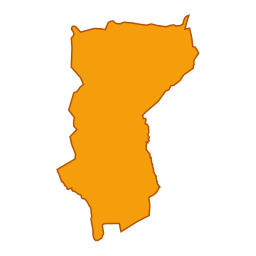 San, Ségou, Mali
{"feature_id": "8926073B15709511390037", "entity_name": "San", "entity_type": "district", "adm_level": 2, "iso_a3": "MLI", "parent_name": "Mali", "parent_adm1": "Ségou", "projection": "robinson", "projection_center": [-4.933, 13.109], "detail": "fine", "context": "isolated", "style": "filled", "palette": "amber", "viewbox_px": 256, "rotation_deg": 0, "n_neighbors": 0, "source": "geoboundaries", "source_scale": "gbopen_adm2", "svg_char_len": 2377}
<svg xmlns="http://www.w3.org/2000/svg" viewBox="0 0 256 256"><path d="M132.5,23.0L123.9,22.2L120.4,23.7L117.7,23.8L115.1,23.0L113.2,20.9L110.1,21.5L108.2,22.6L105.3,29.7L102.1,29.0L94.6,28.4L80.6,32.1L75.8,26.9L74.1,26.2L72.6,26.4L71.6,27.8L71.7,29.6L73.0,31.2L73.8,33.4L73.8,35.1L71.3,38.2L72.0,47.5L71.3,67.1L80.5,77.6L83.6,84.5L82.9,84.9L82.7,85.0L79.8,87.6L77.9,90.5L75.8,92.2L74.4,92.5L74.0,92.6L73.9,92.7L70.5,104.0L68.7,110.2L74.4,117.5L73.6,121.8L73.8,126.1L76.9,129.6L70.0,136.6L71.5,143.7L75.5,154.1L75.2,158.9L57.3,169.4L57.7,169.9L57.4,170.4L57.5,171.3L58.8,173.6L59.6,175.9L60.6,179.0L61.2,179.9L61.5,181.6L62.8,181.8L64.4,184.4L64.6,185.4L66.5,186.7L67.2,189.0L68.0,189.3L68.3,189.3L68.6,189.2L69.2,188.7L70.1,188.7L71.1,188.2L71.7,188.1L71.8,189.6L72.9,191.1L74.2,191.1L75.1,191.8L76.7,192.7L77.7,193.8L81.1,195.2L81.7,197.9L82.3,198.4L84.6,199.0L85.7,199.9L87.7,202.7L89.0,205.6L90.4,206.9L91.1,210.5L91.2,212.8L91.3,213.2L91.7,215.3L91.7,217.5L90.9,218.7L92.0,224.6L93.0,229.9L93.1,235.4L94.0,238.8L95.9,240.6L98.4,240.1L101.5,238.2L103.6,233.5L102.5,226.8L102.5,224.7L103.8,223.9L106.0,223.6L119.3,223.5L121.0,231.7L137.5,221.4L149.2,215.5L149.8,205.0L148.7,197.4L153.6,194.9L156.5,192.4L157.4,190.7L158.8,188.5L158.6,187.7L159.9,187.0L159.4,186.1L158.7,185.9L157.2,183.3L157.4,181.8L156.8,181.2L156.4,178.9L155.8,177.2L156.3,176.5L156.0,175.9L155.3,175.4L154.6,173.6L153.5,171.5L153.6,169.9L152.6,166.1L152.3,165.4L152.7,164.5L151.8,163.4L151.2,159.2L151.1,157.4L150.0,157.5L149.8,153.7L148.4,152.4L146.2,149.3L146.2,146.4L146.7,144.5L146.2,142.2L147.8,142.7L147.6,141.8L149.2,140.8L148.3,138.6L149.2,137.9L149.2,137.0L148.5,136.0L148.0,135.0L147.8,134.4L148.1,133.9L148.8,132.5L148.5,127.0L147.1,124.1L145.6,124.2L145.4,123.8L145.2,123.3L146.0,119.9L145.5,118.5L143.4,118.5L142.8,116.4L142.4,115.7L145.1,112.6L158.3,101.2L158.8,100.5L165.7,91.0L168.7,89.9L171.1,85.7L174.0,85.2L179.7,80.8L183.6,75.0L193.3,68.2L193.1,66.0L194.2,64.5L193.8,62.3L194.2,59.6L198.7,53.2L196.6,49.2L195.2,47.2L192.8,46.7L191.7,37.7L189.6,28.2L184.9,29.1L187.8,18.4L188.9,15.4L186.2,16.4L184.4,18.6L183.5,21.6L182.8,24.1L180.1,25.7L176.7,25.8L175.6,26.0L175.1,25.4L174.2,25.0L173.1,25.0L172.0,25.0L171.0,25.4L170.7,25.6L170.0,25.4L168.5,26.1L165.7,26.7L157.6,25.6L151.3,24.0L146.5,25.2L139.9,24.3L136.3,23.7L132.5,23.0Z" fill="#f59e0b" stroke="#b45309" stroke-width="1.5"/></svg>